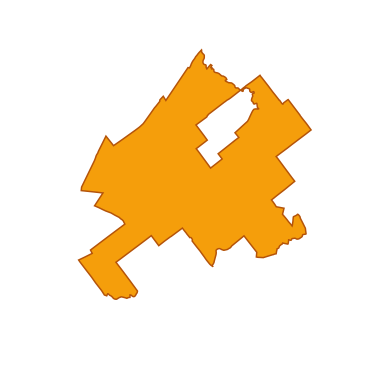 the district of Sohatu, Calarasi, Romania, rotated 141°
{"feature_id": "2599482B94348057267162", "entity_name": "Sohatu", "entity_type": "district", "adm_level": 2, "iso_a3": "ROU", "parent_name": "Romania", "parent_adm1": "Calarasi", "projection": "mercator", "projection_center": [26.509, 44.36], "detail": "fine", "context": "isolated", "style": "filled", "palette": "amber", "viewbox_px": 384, "rotation_deg": 141, "n_neighbors": 0, "source": "geoboundaries", "source_scale": "gbopen_adm2", "svg_char_len": 5859}
<svg xmlns="http://www.w3.org/2000/svg" viewBox="0 0 384 384"><g transform="rotate(141 192 192)"><path d="M229.1,287.1L239.2,282.5L240.5,281.7L241.2,281.4L242.5,281.0L243.6,280.5L245.6,279.2L247.1,278.3L248.4,277.6L274.7,265.3L277.2,262.8L275.6,261.2L266.6,252.2L261.8,247.3L276.0,242.7L276.4,242.6L274.2,238.4L272.6,234.9L271.0,231.6L268.1,226.7L266.5,222.5L264.6,218.2L264.2,215.7L263.8,214.6L263.6,213.0L264.4,209.3L282.8,210.0L294.5,210.4L307.4,210.8L308.2,207.1L316.3,208.9L322.9,210.5L323.1,208.3L323.4,198.2L323.6,189.8L323.7,187.7L323.8,186.5L324.1,182.0L324.3,172.3L324.4,171.3L324.9,167.1L323.6,165.0L321.6,166.0L321.2,165.6L320.9,163.4L320.5,162.7L320.2,161.7L320.0,160.4L320.0,158.8L319.6,157.7L318.6,156.5L317.9,156.1L315.2,155.8L313.0,155.1L311.9,153.8L310.5,151.9L309.5,150.4L309.2,150.3L308.6,150.2L308.4,150.2L307.1,149.5L306.6,149.3L306.5,149.2L305.0,151.0L304.5,150.6L304.3,150.3L304.2,150.0L303.9,148.6L303.7,148.0L303.4,147.6L303.1,147.3L302.7,147.1L302.4,147.0L301.9,147.0L301.4,147.1L300.7,147.3L299.5,147.8L299.1,148.0L298.4,148.1L298.0,148.3L297.1,149.0L296.7,149.3L296.1,161.6L295.6,174.4L295.3,185.3L291.7,185.1L272.0,184.4L266.9,184.2L257.9,183.9L251.1,183.7L251.6,171.2L244.2,171.1L237.3,170.8L236.1,170.6L222.2,170.0L222.3,166.8L222.3,163.7L222.4,163.1L222.4,157.9L222.0,157.7L221.6,157.4L221.4,156.9L221.6,154.9L221.9,154.4L222.7,153.9L222.8,151.0L222.9,146.5L222.9,143.6L222.9,142.1L222.9,141.1L223.1,138.1L223.3,133.9L223.5,131.6L223.6,129.6L223.6,124.8L223.4,123.3L222.8,121.2L222.7,121.2L222.9,122.2L222.2,122.3L221.1,122.6L220.5,122.8L219.5,123.3L219.0,123.6L218.3,124.2L215.3,126.4L213.2,127.9L212.1,128.8L211.5,129.5L211.1,129.9L210.6,130.8L210.2,131.3L209.7,131.6L208.9,131.7L207.9,131.6L207.2,131.3L206.6,131.0L206.1,130.6L205.8,130.1L205.6,129.7L205.2,128.7L204.2,127.0L203.8,126.6L201.8,125.6L200.7,125.1L200.4,125.0L199.0,124.9L197.7,124.6L197.1,124.6L196.0,124.8L195.1,125.1L179.2,125.2L179.6,104.4L182.9,101.0L182.4,100.4L181.8,99.7L178.6,96.8L178.0,96.2L175.0,95.0L169.0,92.6L168.3,92.2L166.9,91.8L166.6,91.7L165.6,91.0L165.4,91.1L163.7,92.6L162.7,93.4L161.7,94.2L161.6,94.3L161.2,94.2L160.6,94.0L159.8,93.9L158.8,94.5L157.8,95.0L157.0,95.0L155.8,95.0L154.9,94.8L154.4,94.9L153.7,95.3L150.4,91.3L150.0,91.2L147.9,93.0L147.0,94.0L145.7,92.4L145.5,92.2L145.2,92.2L144.8,92.3L143.7,92.8L143.3,92.7L142.7,92.3L142.3,92.0L141.6,91.7L141.2,91.3L141.0,91.1L140.8,90.9L140.4,89.8L140.2,89.5L140.0,89.3L139.9,89.2L139.5,88.9L139.1,88.7L138.6,88.4L138.1,88.3L137.5,88.2L134.8,88.0L134.0,88.3L133.2,89.0L132.6,89.1L130.1,87.7L129.7,87.7L127.4,91.4L126.7,92.5L126.6,93.0L125.5,97.9L124.4,103.1L124.1,103.9L123.6,104.9L123.5,106.4L123.6,107.4L123.8,108.1L124.1,108.3L124.8,108.2L125.6,108.2L127.3,108.6L128.5,108.9L128.8,108.9L129.1,108.7L130.5,107.3L132.1,105.6L132.8,105.0L133.5,104.4L134.8,103.1L135.6,102.6L135.6,105.7L135.7,108.0L135.6,110.3L135.6,113.2L135.7,117.7L130.8,121.4L130.7,121.5L135.8,127.5L135.5,129.9L135.3,132.5L135.2,135.8L128.2,135.8L118.7,135.6L105.4,135.7L105.3,140.6L104.7,155.1L104.3,163.8L104.3,166.6L100.0,166.5L90.2,166.1L84.0,166.0L66.5,165.4L60.4,165.3L60.3,167.2L60.0,173.3L60.0,178.3L59.9,183.1L59.7,183.9L59.7,184.2L59.1,203.3L59.5,203.4L64.7,203.6L65.1,203.5L65.3,203.4L66.1,203.1L66.3,203.5L66.4,204.0L66.5,204.3L66.2,207.8L66.2,208.1L66.4,208.7L66.5,208.9L66.4,209.0L66.3,215.4L66.3,218.7L66.0,226.3L65.8,237.4L65.9,238.1L65.7,239.9L76.1,240.1L83.1,240.6L84.3,240.5L87.3,240.6L89.3,240.5L90.0,240.4L90.0,240.1L89.8,239.4L89.6,239.0L89.2,238.3L88.9,238.3L88.6,238.3L88.4,238.5L88.3,238.8L88.2,239.4L88.0,239.5L87.8,239.6L87.4,239.5L86.6,239.4L86.1,239.2L85.1,239.2L84.7,239.1L84.2,238.8L83.9,238.3L82.7,236.4L82.5,235.9L82.5,235.6L83.1,234.7L83.5,234.3L83.6,233.9L83.6,233.2L83.5,232.7L83.3,232.2L83.0,231.9L82.4,231.7L81.3,231.4L81.0,231.2L80.9,231.1L80.9,230.9L81.0,230.4L81.4,229.9L81.9,229.8L82.6,230.1L83.1,230.2L83.5,230.0L83.7,229.9L84.0,229.2L84.2,228.7L84.5,228.3L84.9,228.0L85.6,227.7L87.3,226.6L88.1,225.8L88.3,225.5L88.1,223.2L88.1,222.8L88.6,222.2L88.6,221.8L88.3,221.2L87.8,221.1L87.0,220.7L86.0,220.3L85.9,220.1L86.0,219.7L87.8,216.8L87.9,215.8L87.9,215.0L87.9,214.8L88.4,214.9L88.7,215.1L89.6,216.0L90.7,216.8L91.6,217.2L92.0,217.3L92.5,217.2L93.7,216.9L95.6,216.1L99.7,214.1L102.3,212.8L104.3,212.0L121.3,211.0L121.3,204.9L126.0,205.1L140.3,205.2L147.6,205.3L147.8,198.7L162.5,198.9L161.6,218.1L161.5,220.9L161.5,223.0L147.5,222.7L147.2,228.0L146.7,241.6L133.5,241.0L133.2,241.1L132.8,241.2L132.2,241.6L131.9,241.7L131.3,241.7L130.8,241.8L130.5,242.0L111.6,241.5L110.8,241.5L110.3,241.5L109.7,241.4L106.5,241.3L105.3,241.0L102.6,240.8L90.3,240.6L90.5,242.1L90.7,242.7L90.7,243.7L91.3,244.4L92.3,245.1L92.6,246.2L92.3,246.9L91.8,247.9L92.0,249.5L92.5,251.5L92.7,251.9L94.1,253.3L94.9,254.1L95.1,254.8L95.6,255.8L96.1,256.9L96.1,257.4L95.8,257.8L94.2,257.5L93.9,258.5L93.8,259.4L93.9,260.1L94.5,261.8L94.8,262.4L95.5,263.1L95.9,263.7L96.5,267.1L97.0,268.1L97.3,268.6L98.3,269.8L99.0,270.9L99.1,271.6L98.9,272.2L98.3,273.0L98.0,273.6L98.0,273.9L98.4,274.6L98.6,275.0L99.0,275.2L98.3,275.7L98.5,276.0L99.1,276.8L97.8,277.5L96.9,277.8L97.3,279.3L98.3,279.2L103.0,278.3L103.0,278.5L102.6,279.9L101.3,281.7L101.4,282.3L102.1,283.2L102.4,284.1L102.2,285.2L102.0,285.8L101.3,286.6L100.5,287.3L100.0,287.5L98.5,288.2L97.9,288.7L96.9,289.9L96.5,290.4L96.3,291.2L96.5,292.8L96.5,293.7L96.5,294.4L96.0,295.3L95.4,296.0L95.2,296.4L96.3,296.3L97.2,296.1L98.4,296.0L100.9,295.5L102.3,295.1L103.6,294.9L104.6,294.6L105.5,294.2L106.1,294.0L108.5,293.4L109.4,293.1L111.7,292.1L114.3,290.6L115.9,290.1L116.8,291.2L154.7,279.6L154.1,284.5L158.5,283.9L159.1,283.7L160.1,282.7L165.0,281.6L166.4,281.3L168.2,281.0L175.2,279.0L184.9,276.3L187.0,275.8L190.1,275.6L192.0,275.5L197.3,275.7L212.6,276.6L223.8,277.4L223.7,289.6L229.1,287.1Z" fill="#f59e0b" stroke="#b45309" stroke-width="1.5"/></g></svg>